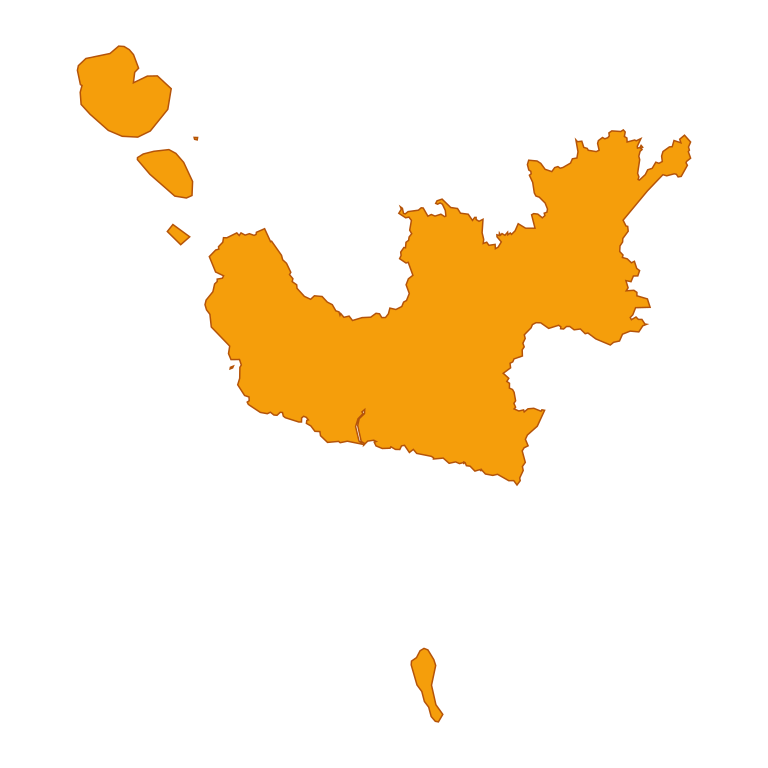 Nadroga-Navosa, Western, Fiji
{"feature_id": "14151628B53702400461405", "entity_name": "Nadroga-Navosa", "entity_type": "district", "adm_level": 2, "iso_a3": "FJI", "parent_name": "Fiji", "parent_adm1": "Western", "projection": "robinson", "projection_center": [177.707, -18.082], "detail": "fine", "context": "isolated", "style": "filled", "palette": "amber", "viewbox_px": 768, "rotation_deg": 0, "n_neighbors": 0, "source": "geoboundaries", "source_scale": "gbopen_adm2", "svg_char_len": 6112}
<svg xmlns="http://www.w3.org/2000/svg" viewBox="0 0 768 768"><path d="M264.6,228.7L256.4,232.3L256.1,234.4L254.1,235.4L249.4,233.7L245.1,235.1L241.0,232.9L239.2,235.5L236.8,232.9L226.8,237.8L223.5,237.7L222.8,242.2L218.5,246.7L218.8,249.1L215.7,250.0L209.3,256.6L215.6,272.0L223.6,275.8L222.4,278.2L217.2,279.1L217.2,281.5L214.6,284.0L212.9,291.7L206.1,300.1L205.0,304.7L206.5,309.8L209.9,314.3L211.3,327.0L229.7,346.1L228.5,353.6L231.0,359.6L239.5,359.5L241.3,365.0L239.9,367.3L239.7,378.3L237.7,384.8L244.6,395.5L249.0,397.0L249.2,400.7L247.2,402.1L248.4,404.5L260.3,412.4L267.3,413.7L270.4,412.2L273.9,415.0L277.0,415.3L280.2,412.3L282.5,412.5L283.3,416.1L285.3,417.7L298.8,422.0L301.5,422.0L301.6,418.0L303.6,416.3L306.3,417.3L308.4,419.9L306.8,420.4L306.4,423.4L310.8,425.9L314.9,431.3L319.9,431.6L320.5,435.7L327.5,442.4L338.6,441.4L340.2,442.7L347.3,441.2L362.7,444.3L359.0,441.0L355.6,426.6L358.0,418.8L363.0,413.6L361.9,411.9L364.7,409.5L364.5,413.6L359.2,418.7L357.7,425.5L361.2,441.4L364.0,443.1L363.7,445.1L367.7,441.1L373.8,440.2L376.2,441.5L374.2,442.1L376.0,445.9L382.3,448.5L390.1,448.2L390.9,446.8L395.4,449.4L399.8,449.5L401.5,445.9L404.5,445.3L409.4,452.5L413.3,449.4L416.7,453.4L431.2,456.3L433.5,457.7L433.4,459.0L443.2,458.1L449.1,463.3L455.6,461.9L459.5,463.6L463.6,462.5L463.8,464.2L463.7,462.4L463.1,461.7L465.1,462.6L466.4,465.7L470.1,466.2L474.9,471.1L479.6,469.7L480.8,470.6L481.2,469.4L485.4,474.0L492.8,475.4L497.5,474.3L508.8,480.7L513.7,480.6L517.0,485.0L520.2,480.7L519.7,478.0L523.2,470.5L522.4,466.5L525.3,462.4L522.2,450.9L524.1,447.8L528.1,445.8L525.4,439.3L527.4,435.0L537.3,426.2L544.6,410.3L541.9,409.8L541.0,411.2L533.8,408.3L528.0,408.8L524.2,411.9L523.6,409.9L518.8,411.0L514.1,408.9L515.6,407.2L513.9,403.3L515.6,400.8L514.1,392.3L512.5,389.5L509.4,388.1L509.5,383.3L506.8,381.4L508.8,378.3L503.2,373.3L510.6,367.8L510.0,363.3L512.8,361.8L514.0,358.9L522.4,356.0L522.2,349.8L524.2,346.9L522.9,343.2L525.2,338.5L524.3,334.8L531.1,327.8L532.4,324.6L536.0,322.7L540.7,322.8L548.7,328.4L558.6,325.3L560.8,326.7L560.6,328.7L563.6,329.0L566.5,326.5L569.8,326.5L574.1,329.8L580.4,329.0L585.2,333.7L587.9,333.0L595.8,338.9L610.3,345.0L613.6,342.3L619.5,341.0L622.5,334.2L630.2,331.1L638.8,331.9L642.8,325.8L646.6,324.3L644.9,324.0L641.9,319.4L638.4,319.4L636.0,317.0L631.4,319.7L630.2,317.5L632.8,314.8L635.6,307.7L650.1,307.3L647.4,298.9L636.9,295.8L636.9,292.4L633.9,290.3L626.2,290.8L628.1,287.8L625.9,280.6L631.0,281.7L633.4,276.0L637.8,275.9L639.6,270.6L636.7,268.4L634.4,261.3L631.4,262.8L627.2,258.8L622.4,257.5L623.0,255.0L619.7,251.5L620.0,245.9L622.6,242.0L622.8,238.5L628.2,231.2L627.7,226.4L626.0,226.0L623.1,220.2L647.5,190.8L662.9,174.7L666.7,175.8L674.3,173.8L676.4,174.3L678.1,176.9L681.2,176.4L687.4,165.3L686.0,162.8L686.6,161.4L690.6,158.2L688.3,151.6L689.4,150.2L688.5,147.0L690.6,142.0L684.5,135.2L679.7,139.2L680.9,142.8L674.0,140.5L672.2,146.7L669.4,146.9L663.0,151.5L661.6,156.1L662.3,161.5L659.0,163.3L655.8,162.2L652.2,168.3L647.7,169.8L645.3,174.6L639.4,180.1L638.1,179.5L638.9,176.8L637.6,173.4L639.7,159.7L638.8,156.2L640.1,151.3L642.0,149.6L640.8,148.4L642.7,147.3L641.1,145.4L639.9,147.6L637.5,148.1L637.3,146.2L640.9,138.6L636.2,140.8L634.7,140.0L627.1,142.0L626.9,138.0L624.4,136.5L625.2,132.0L623.3,129.9L620.8,131.5L611.8,130.9L608.9,132.9L609.3,135.9L607.8,137.7L604.8,138.8L602.5,137.5L598.4,140.6L597.6,143.4L599.1,150.2L596.3,151.6L588.3,150.3L587.2,148.4L583.8,147.4L581.8,141.2L577.5,141.7L575.9,139.9L578.0,151.8L576.9,158.0L572.4,158.8L570.5,163.1L562.9,167.5L560.2,168.2L557.9,166.6L554.7,167.6L551.8,171.6L545.1,169.3L540.8,163.4L537.1,161.0L528.7,160.2L527.4,164.6L528.8,170.0L530.8,171.3L531.2,173.8L529.4,175.2L532.7,182.4L534.3,192.9L535.9,196.0L539.3,197.2L545.1,203.0L547.5,209.0L546.9,212.2L544.2,213.2L544.9,215.6L542.3,217.8L537.8,214.1L533.7,213.6L531.6,214.8L535.0,228.2L525.6,228.2L518.2,223.7L515.1,230.8L511.5,234.4L510.3,233.0L507.8,234.8L507.6,232.2L504.9,235.3L502.0,233.6L500.5,235.2L499.4,233.2L499.2,235.5L496.9,234.8L497.0,236.8L501.3,241.9L498.1,247.2L495.4,248.7L495.1,244.4L488.9,245.3L486.7,242.2L483.2,243.5L483.7,239.4L482.1,232.7L483.0,219.3L479.0,221.3L476.1,219.5L476.1,217.4L474.7,217.4L472.5,220.4L468.2,214.2L460.5,213.2L457.5,208.5L450.7,207.5L442.1,199.1L437.0,200.8L435.7,203.4L437.6,204.2L440.1,202.9L442.4,204.2L445.3,210.4L445.9,216.0L444.6,216.6L440.9,214.2L435.0,216.1L431.3,214.5L427.9,216.2L423.2,208.0L421.2,207.8L418.4,210.2L408.1,211.6L405.2,213.9L403.5,213.4L402.4,208.3L400.4,206.8L401.3,209.2L398.8,213.3L405.7,217.8L408.9,217.1L411.4,220.4L409.7,230.2L411.7,233.7L409.1,237.0L408.6,240.3L406.0,242.3L405.5,247.8L403.9,247.5L400.7,252.1L401.1,255.5L399.6,258.7L406.0,263.0L408.2,262.3L412.9,275.3L408.4,278.8L406.1,284.8L409.3,293.5L406.5,300.5L403.6,302.1L401.8,306.5L395.9,309.5L389.9,308.1L388.4,313.8L385.5,317.5L381.8,317.6L379.5,313.8L376.0,313.3L370.7,317.2L362.1,317.6L352.5,320.5L349.1,316.1L343.9,317.3L340.7,313.5L340.0,315.2L339.0,311.9L335.8,310.8L332.3,304.7L327.3,302.1L322.1,296.5L314.4,295.8L310.6,299.3L304.4,296.4L297.0,288.3L296.7,284.8L292.2,281.6L292.9,278.7L289.5,274.6L290.8,272.3L286.5,263.3L282.7,259.8L281.5,255.3L271.6,241.2L270.6,241.7L264.6,228.7ZM133.5,54.6L129.3,49.7L124.1,46.5L118.7,46.1L110.0,53.5L85.9,58.5L78.4,65.6L77.4,70.3L80.4,84.6L82.0,85.5L80.2,92.3L81.1,104.4L90.1,114.3L108.3,130.4L122.2,136.3L137.8,137.1L150.3,131.0L167.8,109.3L171.2,88.7L157.4,75.9L147.3,76.1L133.4,82.8L134.7,72.3L138.6,68.2L133.5,54.6ZM192.0,195.5L192.6,181.5L183.7,162.4L175.9,153.4L168.9,149.6L153.8,151.3L143.2,154.0L137.5,157.6L137.4,159.6L149.9,174.3L174.8,196.1L186.4,198.0L192.0,195.5ZM438.4,721.9L442.8,714.4L435.9,704.7L431.5,685.2L435.7,665.5L433.8,659.6L427.9,649.9L424.0,648.4L420.1,650.7L416.5,657.6L411.5,661.1L411.2,664.9L417.0,685.0L421.8,691.5L424.4,701.5L428.7,707.2L431.2,716.6L435.3,721.3L438.4,721.9ZM189.7,236.8L172.9,224.5L167.3,231.5L180.7,244.7L189.7,236.8ZM197.2,139.9L197.6,137.5L194.1,137.4L194.6,139.3L197.2,139.9ZM230.1,368.9L232.6,367.9L233.4,366.1L230.4,367.3L230.1,368.9Z" fill="#f59e0b" stroke="#b45309" stroke-width="1.5"/></svg>